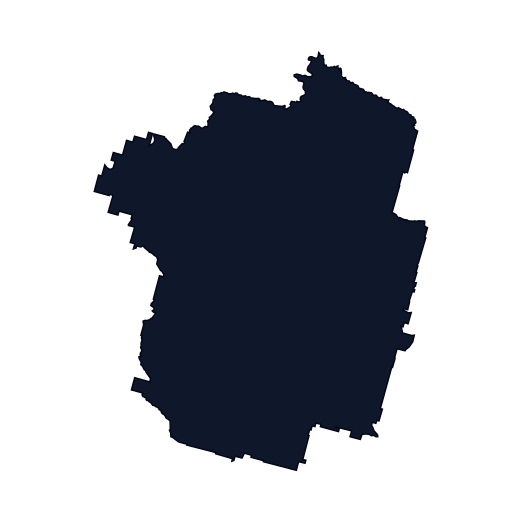 Blayney, New South Wales, Australia (Robinson projection), rotated 96°
{"feature_id": "25037944B69063028114827", "entity_name": "Blayney", "entity_type": "district", "adm_level": 2, "iso_a3": "AUS", "parent_name": "Australia", "parent_adm1": "New South Wales", "projection": "robinson", "projection_center": [148.985, -33.617], "detail": "fine", "context": "isolated", "style": "filled", "palette": "ink", "viewbox_px": 512, "rotation_deg": 96, "n_neighbors": 0, "source": "geoboundaries", "source_scale": "gbopen_adm2", "svg_char_len": 5981}
<svg xmlns="http://www.w3.org/2000/svg" viewBox="0 0 512 512"><g transform="rotate(96 256 256)"><path d="M423.0,116.0L421.0,116.5L417.6,120.3L413.8,122.2L413.1,123.1L411.4,123.3L409.3,123.0L409.9,119.3L406.9,118.8L407.2,116.5L395.1,114.3L394.7,116.4L352.3,109.4L352.5,108.6L345.7,107.4L343.1,107.0L343.0,107.6L333.5,106.0L334.7,97.9L333.0,96.9L330.4,94.2L325.0,91.2L318.2,90.3L318.8,92.9L317.2,102.2L310.7,104.3L311.1,102.4L306.8,101.6L307.5,97.7L296.0,95.7L296.5,98.4L296.3,99.6L295.3,101.2L294.8,103.6L292.9,103.3L293.6,99.5L285.5,98.5L284.4,98.8L275.0,96.8L275.3,95.0L273.1,94.6L272.9,95.8L269.2,95.2L269.3,94.4L265.9,93.8L266.0,95.4L265.2,96.7L265.1,96.0L255.6,94.3L255.5,95.2L249.1,94.0L249.0,94.7L246.0,94.1L245.9,93.8L220.2,89.1L220.0,90.1L209.9,88.4L209.5,89.2L209.6,90.3L207.9,91.7L204.9,91.7L204.1,92.2L204.2,91.4L203.6,92.3L204.1,98.3L204.7,100.1L204.5,101.7L205.1,103.8L204.9,105.0L205.3,105.7L205.0,107.2L205.3,107.8L204.4,109.4L204.3,112.6L202.8,117.0L202.8,119.0L200.2,121.1L199.0,123.7L198.9,125.3L171.2,120.5L171.1,121.0L156.8,118.7L157.2,117.5L157.8,117.0L156.9,115.3L157.3,114.1L134.1,110.3L133.9,111.3L131.5,111.1L114.9,108.3L113.4,111.4L112.4,112.2L111.3,112.3L110.8,113.3L109.6,113.4L109.4,112.0L108.0,112.6L107.5,111.4L106.4,110.9L103.6,112.0L102.9,113.3L101.4,113.7L101.1,114.5L101.3,116.2L99.5,116.6L99.0,119.2L97.5,120.0L96.6,121.1L96.0,123.3L94.8,124.5L95.5,125.5L93.6,129.9L94.4,130.8L93.5,133.4L92.8,134.0L92.2,135.7L90.9,137.4L89.7,140.4L89.1,140.8L86.9,140.3L87.2,141.1L86.9,142.8L87.4,143.6L86.9,144.0L86.6,146.8L85.2,147.6L85.0,148.2L86.3,150.0L85.5,150.8L84.9,152.2L83.7,152.9L83.5,154.3L84.0,155.9L81.7,158.1L81.5,161.3L81.9,162.1L81.3,163.4L81.4,164.8L79.0,166.8L78.3,171.1L75.9,172.6L75.0,176.3L73.3,177.9L73.3,178.5L74.1,179.9L72.2,181.6L72.3,183.9L70.8,184.8L71.0,186.0L69.2,185.7L69.7,187.8L68.3,189.8L64.3,190.2L60.8,191.1L60.5,191.7L62.2,192.0L62.6,193.0L60.9,193.0L59.9,194.4L58.4,194.4L58.6,195.1L60.2,196.5L59.2,197.6L60.2,199.4L60.3,201.5L60.9,202.5L60.8,205.5L58.9,206.1L59.0,208.1L55.8,209.0L53.5,209.1L51.3,210.3L49.7,210.1L49.8,212.1L49.1,213.7L47.8,213.9L47.1,214.9L51.2,215.1L52.7,216.0L53.2,217.5L52.0,221.2L52.1,222.7L52.8,223.9L54.6,224.6L55.6,224.2L55.5,221.9L56.9,221.3L59.9,222.4L62.3,224.0L65.5,224.5L66.5,223.8L68.9,219.4L69.9,218.9L71.2,219.0L72.0,220.8L72.3,223.2L71.2,226.1L72.1,228.5L71.4,230.4L70.8,234.4L71.8,236.9L72.3,237.0L73.5,236.7L75.2,233.0L77.3,232.1L77.4,229.4L77.9,227.2L79.1,226.4L83.2,226.9L85.0,226.2L86.5,224.3L89.7,223.7L90.4,224.1L92.6,227.7L93.6,228.4L94.9,227.9L95.3,228.5L95.7,228.3L97.2,227.0L97.8,228.6L98.4,229.1L97.9,231.6L99.2,231.8L98.5,234.2L98.9,235.3L98.5,236.3L98.6,237.0L101.7,238.0L103.4,236.2L104.9,238.8L106.9,240.9L105.4,243.4L103.8,242.7L103.3,243.2L104.5,245.6L104.5,253.3L104.0,254.1L101.7,255.5L100.8,257.1L100.8,259.1L101.2,260.6L99.8,263.5L100.1,264.4L100.9,264.6L100.5,265.5L101.4,268.6L101.2,268.9L99.8,268.5L99.0,269.8L99.5,273.7L99.2,275.4L99.7,276.6L98.2,279.4L98.8,281.9L98.7,282.5L97.8,283.0L98.5,286.2L97.5,287.7L97.5,290.3L96.1,291.7L96.0,293.3L97.1,294.5L96.4,296.1L97.3,297.6L97.5,300.8L96.8,301.6L96.2,305.0L97.2,306.4L97.1,307.6L98.1,308.8L98.5,311.6L99.2,313.3L101.0,314.2L102.0,313.4L103.2,313.4L105.1,314.9L108.4,314.9L111.9,317.2L115.2,316.0L115.8,314.1L116.9,313.7L117.4,312.6L121.6,315.4L123.0,316.9L124.8,316.4L126.9,318.2L129.2,317.4L132.3,317.4L132.6,318.1L132.4,319.6L132.7,320.5L134.4,322.2L134.5,323.7L132.8,326.8L133.1,327.8L132.8,330.4L133.7,331.9L135.0,332.5L135.7,334.1L136.7,334.3L137.6,335.2L140.3,334.5L139.9,336.9L149.5,339.5L149.6,338.7L152.0,339.3L151.9,341.1L156.3,344.5L157.5,344.7L158.5,346.2L158.4,348.5L157.5,350.4L153.2,352.5L149.6,357.1L148.7,357.7L147.9,359.8L147.0,359.6L145.3,370.1L147.0,370.3L149.7,369.2L151.7,368.9L153.5,369.2L155.1,370.4L157.4,373.7L145.0,371.7L144.3,375.8L151.6,377.1L149.6,389.3L155.7,390.4L154.5,396.8L169.6,399.3L168.0,408.7L175.8,410.0L176.5,406.0L183.2,407.2L184.9,409.1L184.9,411.2L183.7,413.6L181.2,415.9L192.6,417.8L192.0,421.0L208.7,423.6L211.2,408.3L210.0,408.0L210.6,404.5L228.0,407.6L229.7,397.6L225.7,396.9L228.0,383.4L231.9,384.1L232.1,383.3L233.2,383.5L238.1,386.2L239.0,386.0L239.9,379.7L255.7,382.5L256.4,377.8L261.8,378.7L260.6,376.1L258.5,375.8L259.1,371.4L257.9,370.1L258.0,368.7L259.1,368.2L262.3,363.4L263.5,362.3L263.4,361.3L263.8,360.7L263.5,360.4L265.8,357.5L267.0,354.9L269.9,353.3L274.3,353.9L280.4,349.3L281.2,347.8L283.0,346.6L283.6,345.6L286.4,346.1L285.7,349.9L309.7,353.6L310.3,352.3L313.7,354.4L313.9,355.0L316.3,355.4L318.1,352.0L319.8,351.8L321.5,353.4L322.9,351.6L322.6,350.6L323.6,349.9L329.0,353.2L329.0,353.8L330.5,355.0L331.6,358.0L331.7,360.0L332.6,361.5L335.1,360.9L335.2,360.4L347.0,362.2L347.3,361.3L349.8,361.3L350.7,360.9L350.8,360.4L354.7,361.2L357.6,360.8L358.9,361.2L362.2,359.5L364.3,360.7L365.9,360.9L366.3,360.8L366.5,359.8L367.6,359.7L368.4,361.9L370.1,361.5L373.6,359.1L376.0,359.2L377.5,357.3L380.7,355.3L381.5,353.7L383.0,353.2L389.0,348.0L392.3,348.5L389.7,363.9L402.2,365.9L404.1,354.3L406.0,354.8L407.6,353.7L407.8,352.4L408.3,351.9L408.4,350.5L410.4,350.2L411.1,349.4L410.9,348.0L412.0,347.2L412.8,345.3L415.3,343.1L415.2,341.7L416.3,340.0L416.5,338.6L417.1,337.9L417.4,336.7L418.8,336.4L420.1,333.7L420.9,334.0L422.0,333.3L422.8,332.4L423.0,331.1L424.3,330.1L424.7,329.2L426.3,328.7L428.4,324.9L429.1,324.2L437.5,323.1L438.3,323.9L440.8,322.4L444.7,321.7L445.0,320.1L449.0,313.6L450.4,304.9L451.3,305.0L455.7,275.3L456.9,275.5L460.0,258.2L462.6,258.6L461.6,256.6L457.3,255.9L458.4,248.8L453.3,246.9L454.6,239.6L456.7,239.9L458.8,226.9L459.8,227.1L464.9,193.5L456.1,192.1L457.0,185.6L453.9,185.1L453.5,188.2L429.0,184.5L428.8,185.4L423.1,184.5L423.3,183.1L419.1,182.4L419.5,179.6L415.9,179.0L416.6,173.7L419.0,174.1L422.0,155.6L418.9,155.2L418.3,159.0L417.6,159.0L419.9,142.6L425.9,143.6L427.5,133.1L422.2,131.8L421.5,127.9L421.6,124.4L422.7,122.5L422.1,120.3L423.2,117.7L423.0,116.0Z" fill="#0f172a" stroke="#020617" stroke-width="1.5"/></g></svg>